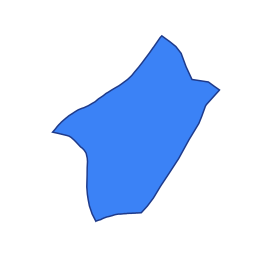 the district of Hat, Al Mahrah, Yemen, rotated 34°
{"feature_id": "15242507B17941061209277", "entity_name": "Hat", "entity_type": "district", "adm_level": 2, "iso_a3": "YEM", "parent_name": "Yemen", "parent_adm1": "Al Mahrah", "projection": "orthographic", "projection_center": [51.804, 17.432], "detail": "fine", "context": "isolated", "style": "filled", "palette": "blue", "viewbox_px": 256, "rotation_deg": 34, "n_neighbors": 0, "source": "geoboundaries", "source_scale": "gbopen_adm2", "svg_char_len": 2750}
<svg xmlns="http://www.w3.org/2000/svg" viewBox="0 0 256 256"><g transform="rotate(34 128 128)"><path d="M67.8,173.6L73.1,171.5L81.7,168.3L83.7,167.7L86.1,167.6L90.5,168.2L95.0,169.2L99.3,170.2L101.5,170.3L103.8,170.8L105.9,171.6L107.5,172.4L109.4,174.2L111.0,175.7L113.2,178.5L116.4,183.8L120.3,189.7L126.8,199.9L131.4,205.7L135.1,209.7L139.6,214.2L146.3,219.3L153.5,223.3L153.6,223.0L153.7,222.7L153.9,222.5L154.2,222.2L154.5,221.8L154.7,221.5L154.9,221.2L155.1,220.9L155.4,220.6L155.6,220.3L155.9,220.0L156.1,219.8L156.3,219.6L156.5,219.3L156.8,218.9L156.9,218.6L157.1,218.2L157.3,217.9L157.4,217.7L157.6,217.3L157.8,217.0L158.0,216.7L158.2,216.4L158.4,216.0L158.7,215.7L158.9,215.4L159.1,215.1L159.3,214.8L159.5,214.5L159.8,214.1L160.0,213.8L160.3,213.5L160.5,213.2L160.8,213.0L161.1,212.7L161.4,212.3L161.7,212.0L162.0,211.7L162.3,211.4L162.5,211.1L162.7,210.8L163.1,210.4L163.3,210.2L163.5,209.9L163.9,209.5L164.2,209.1L164.4,208.8L164.6,208.5L164.9,208.2L165.1,207.9L165.4,207.5L165.6,207.3L165.9,207.0L166.2,206.6L166.4,206.4L166.8,206.1L167.1,205.7L167.4,205.5L167.7,205.2L167.8,205.1L168.2,204.7L168.5,204.5L168.8,204.3L169.1,204.1L169.6,203.8L169.8,203.6L170.2,203.3L170.5,203.1L170.8,202.8L171.1,202.6L171.4,202.3L171.7,202.1L172.0,201.8L172.3,201.5L172.6,201.3L172.9,201.1L173.3,200.8L173.3,200.7L173.6,200.6L173.9,200.3L174.3,200.1L174.6,199.8L174.9,199.5L175.1,199.3L175.4,199.0L175.7,198.8L176.0,198.6L176.3,198.4L176.8,198.0L177.2,197.7L177.7,197.4L178.1,197.1L178.4,196.9L178.7,196.7L179.0,196.4L179.2,196.2L179.5,196.0L179.8,195.8L180.2,195.5L180.5,195.3L180.8,195.1L181.2,194.8L181.5,194.6L181.8,194.4L182.1,194.1L182.3,193.8L182.7,193.6L183.0,193.4L183.3,193.2L183.6,193.0L183.8,192.8L184.2,192.5L184.5,192.3L184.8,192.1L185.1,191.8L185.3,191.6L185.7,191.4L185.9,191.2L186.2,190.9L186.4,190.8L187.7,181.9L188.2,171.9L187.8,163.5L187.6,159.9L187.5,157.2L187.4,143.4L187.1,125.0L185.1,103.2L184.9,98.7L184.2,84.6L182.7,77.5L180.0,66.7L179.9,65.6L180.0,63.9L182.6,45.5L182.6,45.3L176.4,45.2L168.9,44.9L153.9,52.0L141.8,44.7L130.3,36.4L122.1,33.7L115.0,33.1L104.5,32.7L104.1,35.0L104.1,35.9L104.1,36.3L104.0,44.9L104.0,47.0L103.9,47.2L103.8,53.8L103.7,55.9L103.5,59.8L103.2,66.1L102.9,70.4L102.9,71.1L102.2,77.2L102.1,78.2L101.8,82.1L101.7,82.7L101.1,85.5L100.5,88.0L99.5,90.9L99.3,91.4L98.0,95.1L97.0,97.7L96.7,98.4L95.2,101.4L93.2,105.6L92.0,108.4L91.4,109.8L90.8,110.9L90.2,112.3L90.1,112.9L89.2,115.6L87.5,119.7L87.3,120.1L85.9,125.0L84.8,127.1L82.7,131.6L81.2,134.0L80.0,136.0L78.9,137.3L76.6,140.7L75.2,143.7L74.0,146.6L72.2,150.7L71.5,153.1L71.1,154.3L70.1,157.9L69.9,158.7L69.4,160.6L69.3,161.6L68.8,164.1L68.5,166.5L68.4,167.8L68.4,168.5L68.2,170.5L67.8,173.6Z" fill="#3b82f6" stroke="#1e3a8a" stroke-width="1.5"/></g></svg>